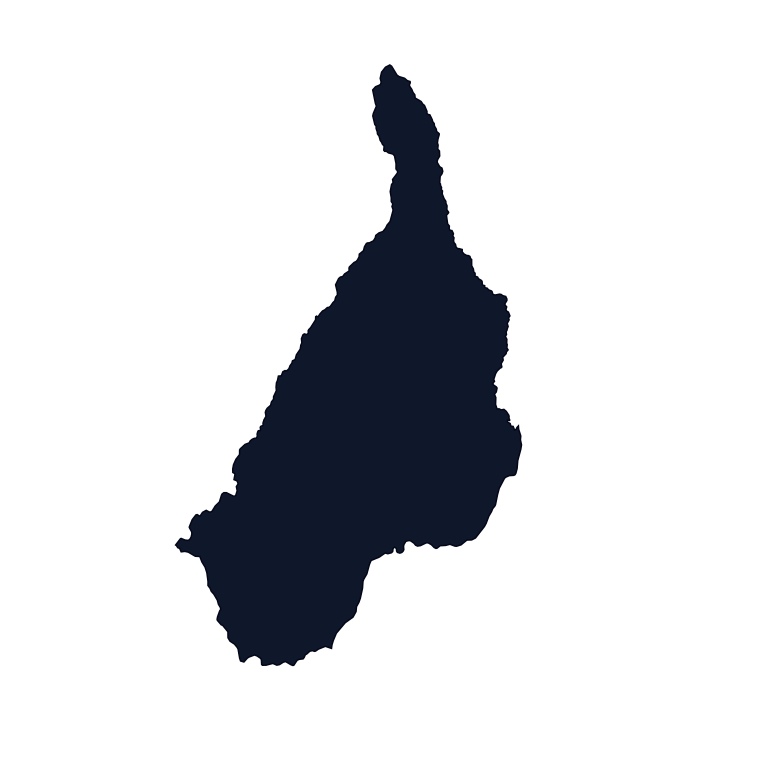 outline of Recetor, Casanare, Colombia, rotated 17°
{"feature_id": "7082276B50018547886325", "entity_name": "Recetor", "entity_type": "district", "adm_level": 2, "iso_a3": "COL", "parent_name": "Colombia", "parent_adm1": "Casanare", "projection": "equal_earth", "projection_center": [-72.771, 5.277], "detail": "fine", "context": "isolated", "style": "filled", "palette": "ink", "viewbox_px": 768, "rotation_deg": 17, "n_neighbors": 0, "source": "geoboundaries", "source_scale": "gbopen_adm2", "svg_char_len": 6150}
<svg xmlns="http://www.w3.org/2000/svg" viewBox="0 0 768 768"><g transform="rotate(17 384 384)"><path d="M291.0,92.8L293.0,96.1L293.1,98.1L292.5,99.3L289.0,102.2L287.2,106.1L293.7,118.1L295.5,120.5L294.7,128.3L294.9,130.9L299.4,138.6L301.0,139.6L301.8,142.0L303.9,144.9L304.6,146.7L306.9,148.5L309.2,152.2L311.1,153.6L312.3,155.1L314.6,156.5L315.4,160.5L316.6,161.3L318.3,160.8L320.7,161.7L325.2,161.5L327.3,162.7L331.1,169.8L332.5,174.6L333.2,175.5L334.2,175.8L334.8,176.8L335.2,178.2L332.4,185.9L333.8,188.7L332.9,191.0L333.7,198.2L336.5,203.8L337.6,207.4L339.3,208.7L339.8,209.8L339.7,211.9L341.5,214.3L341.9,215.6L342.3,226.8L340.5,231.1L340.0,234.4L338.4,238.5L335.0,241.0L332.7,244.3L332.9,246.9L332.0,250.2L328.4,253.6L327.5,253.6L326.1,254.7L325.2,258.4L325.4,262.5L322.4,267.0L323.0,269.6L322.4,273.0L321.6,274.9L319.8,276.6L316.7,282.1L316.6,283.3L317.5,285.8L317.2,286.6L314.1,290.3L313.1,293.3L311.0,294.5L309.8,296.4L308.7,303.3L312.5,309.8L313.4,312.5L312.4,315.1L312.6,318.9L311.4,321.0L310.0,325.4L309.1,326.7L307.4,327.5L305.7,330.4L303.9,332.1L302.3,335.6L301.3,339.1L299.6,338.8L299.0,339.6L299.8,342.7L297.3,351.7L296.1,354.0L295.9,355.2L296.6,357.1L296.5,358.2L295.6,359.3L293.1,359.4L292.1,360.7L291.8,364.8L293.4,368.7L293.1,371.2L293.7,375.1L291.7,381.7L291.9,386.6L289.7,388.6L289.8,391.1L288.8,393.9L288.6,397.1L287.6,399.1L286.4,400.2L285.4,400.1L283.7,401.8L283.4,406.2L280.7,407.3L281.1,411.8L280.8,414.3L281.7,418.6L283.0,421.8L282.1,428.3L282.8,430.9L281.6,434.1L281.8,437.5L279.4,441.4L278.8,443.8L278.8,445.8L280.6,449.4L279.7,453.4L279.7,456.9L280.3,457.8L280.2,459.1L278.5,460.6L278.3,461.6L279.4,463.9L279.0,464.8L277.5,465.4L277.2,466.6L277.3,469.1L278.0,470.6L278.0,472.3L277.6,473.2L275.8,473.9L274.1,475.4L272.7,477.5L272.3,479.7L268.8,482.4L265.5,488.0L265.2,489.3L266.5,493.7L264.4,499.3L263.7,505.2L264.2,509.6L265.3,512.8L267.4,513.3L267.9,514.0L268.5,519.3L271.7,519.6L273.2,521.3L273.6,522.4L272.8,525.3L274.8,529.0L274.8,533.6L274.4,534.7L272.8,535.3L265.1,534.0L262.7,534.7L261.4,536.4L261.1,537.8L261.1,544.9L258.3,550.0L256.7,556.1L255.8,557.0L254.4,557.5L250.9,556.8L248.0,559.8L246.8,563.9L246.1,564.2L243.5,563.5L242.4,564.2L240.3,569.7L239.6,577.4L239.8,578.2L243.3,581.6L244.1,583.6L244.3,586.8L243.8,589.0L243.0,590.3L242.0,590.9L239.5,591.4L235.2,591.0L234.6,591.4L231.8,598.9L232.8,599.2L234.6,600.8L236.7,601.0L239.1,603.8L242.5,602.3L246.0,602.0L253.9,603.9L258.3,602.8L261.9,607.4L266.5,611.5L269.8,616.3L273.4,624.2L274.6,628.2L277.4,630.2L279.5,632.8L282.7,634.7L287.8,639.4L290.1,643.1L293.1,645.8L293.7,647.5L293.2,649.1L292.9,655.3L293.2,657.9L293.8,658.8L298.8,661.9L300.2,661.9L307.2,666.6L309.0,672.3L312.0,675.0L317.0,676.4L320.6,678.8L322.0,680.2L326.1,688.4L327.8,690.8L331.3,690.8L333.4,686.2L334.6,684.7L339.4,681.0L342.3,681.2L346.1,682.4L347.3,683.4L349.0,688.0L349.9,688.5L353.4,687.4L359.4,683.7L363.7,684.2L366.1,682.9L369.1,679.4L371.1,678.2L377.2,679.7L379.2,679.8L380.0,679.3L381.7,673.6L383.4,672.1L387.0,670.5L387.6,668.9L387.9,666.0L389.2,664.6L391.2,661.2L393.6,659.9L395.6,660.0L396.7,659.4L398.8,656.7L404.6,652.0L411.1,652.2L410.5,648.6L410.5,644.1L411.3,636.2L416.7,623.6L422.5,616.0L423.8,609.8L422.8,605.0L423.8,600.2L424.0,595.9L423.2,585.8L421.6,578.9L421.7,576.7L423.1,570.7L422.8,560.8L423.2,556.9L423.7,556.2L430.2,550.8L434.5,545.3L437.3,545.2L440.5,543.2L441.3,541.7L440.8,538.9L441.0,538.0L441.9,537.0L443.9,537.6L444.9,540.1L446.0,541.1L448.6,541.1L450.3,539.9L451.2,538.2L451.4,536.6L450.2,533.7L450.0,531.7L450.9,528.1L452.7,526.9L454.4,526.2L455.7,526.3L459.3,527.5L461.3,528.9L463.4,529.2L466.1,527.9L470.9,523.5L472.7,523.0L476.3,523.8L479.8,525.7L481.8,526.0L482.8,525.4L485.0,522.2L490.2,520.3L493.9,518.0L499.2,518.3L500.9,517.9L504.7,515.3L508.9,509.0L513.4,507.5L516.5,504.5L521.7,490.9L522.4,487.4L522.9,479.7L524.1,474.7L524.4,471.4L525.7,468.2L525.9,466.7L524.9,456.5L524.7,450.0L526.8,438.9L527.8,437.4L530.6,435.0L534.8,433.4L535.8,432.5L536.2,430.7L536.0,425.9L534.3,418.1L533.9,406.5L533.3,402.0L530.8,397.5L530.0,393.7L526.0,387.9L524.8,384.8L523.9,386.6L523.5,389.0L522.3,389.8L519.9,386.8L517.7,387.2L516.2,384.9L513.1,384.3L512.7,382.6L514.7,382.2L514.8,381.7L513.5,380.2L513.1,378.4L512.5,377.4L508.9,374.4L506.1,373.2L503.6,374.5L501.4,374.1L499.4,374.8L496.7,371.0L494.9,364.3L492.6,361.4L493.7,358.8L493.3,354.8L492.2,353.9L488.5,352.7L488.2,352.1L488.1,350.9L488.9,349.2L487.6,347.5L487.7,341.5L488.4,338.5L490.4,334.9L491.6,333.8L491.6,333.0L490.1,330.4L491.0,326.3L489.7,323.8L491.9,319.3L491.7,317.4L492.7,315.1L490.9,313.5L490.3,310.3L489.4,309.1L488.4,305.3L486.1,303.0L486.7,301.0L485.5,298.3L485.9,296.6L485.7,295.2L485.9,292.7L484.1,290.0L484.9,286.1L483.8,284.4L484.5,282.1L481.9,278.8L480.6,278.7L479.3,277.7L478.8,276.9L478.8,274.4L476.6,273.0L476.2,271.7L477.1,268.3L476.7,266.8L474.8,264.7L471.8,264.8L469.8,264.1L468.2,264.3L464.1,266.5L461.9,266.4L460.3,264.0L459.6,263.6L456.5,263.4L454.6,262.2L452.8,262.4L452.0,261.9L451.5,260.5L449.2,260.6L447.8,257.2L446.9,256.5L443.6,255.7L442.2,254.3L439.6,254.3L438.7,251.4L437.2,250.7L435.8,247.8L433.3,245.3L431.4,239.3L430.1,238.7L428.9,236.9L427.3,236.5L425.4,236.9L422.3,236.2L420.1,234.7L419.5,232.5L415.9,232.6L415.2,233.2L412.9,232.0L411.5,229.5L409.5,228.2L408.6,226.5L408.2,223.7L406.5,222.3L406.5,220.1L406.0,219.4L404.1,217.4L402.3,217.7L401.0,216.6L400.3,213.8L398.0,212.2L394.4,204.4L395.6,201.6L395.6,200.9L393.1,198.9L392.2,195.2L390.4,193.1L389.7,191.2L387.2,189.1L384.1,185.2L383.5,182.3L381.9,181.2L381.6,179.3L379.8,177.3L379.6,176.3L378.5,175.4L377.0,169.0L378.0,166.0L378.0,163.4L376.3,160.6L373.7,159.9L370.3,156.7L369.8,155.8L369.7,153.7L370.6,149.7L368.9,145.0L366.7,143.6L365.9,139.7L364.6,137.8L364.0,134.1L363.9,129.4L363.5,128.4L360.5,127.1L359.5,125.0L356.9,122.6L355.8,120.2L353.9,118.9L352.8,117.1L349.2,113.2L347.1,113.3L345.9,112.7L345.4,110.7L341.2,105.7L339.6,105.2L336.9,103.0L330.2,101.4L328.9,98.4L326.5,96.7L324.5,94.2L321.2,91.5L320.8,89.6L321.1,88.4L320.5,87.1L317.6,87.1L314.3,85.6L308.6,85.6L306.1,84.8L298.4,77.9L296.3,77.2L292.8,80.6L290.5,86.5L291.0,92.8Z" fill="#0f172a" stroke="#020617" stroke-width="1.5"/></g></svg>